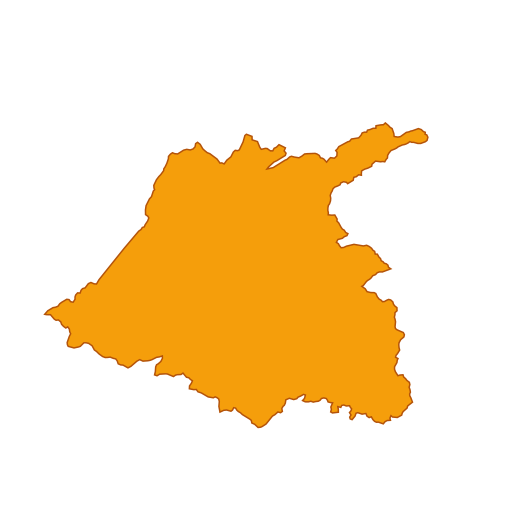 the district of Mombaça, Ceará, Brazil, rotated 195°
{"feature_id": "56859067B71410227491082", "entity_name": "Mombaça", "entity_type": "district", "adm_level": 2, "iso_a3": "BRA", "parent_name": "Brazil", "parent_adm1": "Ceará", "projection": "albers", "projection_center": [-39.786, -5.836], "detail": "fine", "context": "isolated", "style": "filled", "palette": "amber", "viewbox_px": 512, "rotation_deg": 195, "n_neighbors": 0, "source": "geoboundaries", "source_scale": "gbopen_adm2", "svg_char_len": 6098}
<svg xmlns="http://www.w3.org/2000/svg" viewBox="0 0 512 512"><g transform="rotate(195 256 256)"><path d="M363.4,334.1L365.0,332.3L366.3,329.6L365.8,327.2L366.1,322.5L366.8,318.7L367.6,316.4L367.3,314.5L369.1,309.9L370.4,307.6L371.9,303.9L373.0,297.8L372.1,295.2L371.1,293.8L372.0,292.2L372.3,286.3L373.7,283.6L375.2,276.2L374.7,271.9L373.4,267.4L370.7,266.4L369.4,265.0L369.7,261.8L371.2,257.4L371.4,255.3L373.2,254.1L373.9,251.8L375.7,249.7L385.3,229.3L401.5,192.5L402.8,187.7L405.1,187.2L408.6,187.7L410.8,185.9L412.8,181.0L415.1,179.6L416.1,177.6L416.3,174.7L418.8,174.2L420.1,171.6L420.2,169.6L419.6,167.3L420.7,164.0L423.3,163.9L425.3,165.5L427.6,165.2L431.8,160.9L433.2,159.1L434.3,156.2L436.5,154.6L438.7,153.6L442.9,149.3L445.0,145.0L443.2,145.1L439.3,146.1L434.5,142.8L432.5,142.2L430.3,143.1L427.5,141.8L426.1,139.7L423.7,138.2L421.1,137.2L419.5,138.8L417.4,137.1L416.3,134.6L414.9,132.9L415.5,130.1L416.0,123.5L415.2,121.5L414.0,120.1L408.0,120.1L403.9,122.2L402.3,123.3L399.8,127.6L397.6,128.2L395.0,128.3L391.1,126.9L387.8,123.4L385.3,122.5L382.3,120.8L378.2,119.2L375.4,118.9L373.1,119.6L370.7,120.6L367.3,120.2L364.9,120.3L363.0,118.9L361.2,116.2L358.5,115.8L356.2,116.2L350.7,114.8L348.3,117.0L343.8,123.6L341.5,125.8L338.0,125.2L333.4,126.8L331.5,127.7L329.7,128.9L325.8,132.4L323.1,133.6L320.6,135.2L319.9,132.9L320.6,129.5L322.6,126.5L323.9,125.2L324.2,122.9L323.3,118.3L323.2,114.9L320.6,114.7L318.5,116.9L313.1,118.7L311.2,119.1L304.5,118.2L302.9,120.1L301.3,121.0L297.8,122.1L296.2,124.0L291.8,120.9L289.4,121.0L287.4,119.8L285.1,119.0L285.5,116.3L286.6,113.3L286.0,110.5L281.5,110.8L279.1,111.6L276.9,109.8L273.4,109.6L265.7,107.5L260.5,108.0L259.0,109.4L256.7,109.0L255.0,108.2L253.8,106.0L252.9,101.1L250.4,95.9L247.2,98.6L244.6,99.6L240.0,99.6L238.8,101.1L238.3,103.7L236.3,103.8L234.7,102.2L232.8,101.2L230.5,100.6L228.1,99.3L219.7,96.8L218.0,96.0L216.8,93.6L213.7,93.1L209.6,90.9L207.1,91.9L205.8,93.0L202.8,96.3L198.7,105.6L196.7,107.6L194.5,111.0L191.7,111.0L190.3,112.7L191.6,115.4L191.0,117.7L190.0,119.2L189.6,121.6L190.0,124.8L187.0,127.2L182.4,127.1L179.7,128.7L178.8,130.6L176.6,132.3L174.3,134.6L172.3,134.5L172.3,131.0L173.6,128.4L170.7,127.9L167.6,128.7L165.4,129.9L162.9,129.7L160.6,130.9L158.3,131.8L156.8,133.2L155.9,135.3L153.7,136.5L151.2,136.5L149.7,135.2L148.6,133.7L146.2,133.7L144.0,134.0L144.6,129.5L143.5,127.4L143.5,124.7L141.5,124.2L136.0,126.4L136.8,129.2L138.0,131.7L134.9,131.7L134.6,133.8L132.6,134.8L130.0,134.5L126.9,135.6L125.7,134.2L124.1,133.1L124.2,131.0L125.2,129.0L123.1,127.0L123.8,124.6L122.8,123.0L120.8,122.8L118.9,127.0L118.7,130.0L117.1,131.0L112.6,130.7L109.1,132.3L107.3,130.0L104.9,129.2L103.0,130.5L100.7,128.2L98.7,127.0L96.7,126.6L94.8,127.2L89.6,126.8L88.5,129.3L86.8,131.0L83.6,132.1L84.7,134.1L84.3,136.7L82.5,135.8L77.7,136.6L74.1,140.0L74.1,142.1L73.6,143.8L70.7,148.2L70.7,150.4L67.0,155.3L69.9,159.3L71.3,160.8L71.9,162.6L71.6,164.4L72.7,166.8L74.1,168.8L74.1,171.6L75.2,173.7L78.1,174.9L79.7,176.2L82.1,177.4L83.3,179.3L86.3,178.2L87.9,177.1L91.4,180.3L92.9,182.5L93.5,184.9L92.3,189.5L92.6,191.8L92.3,193.7L95.0,194.3L95.0,196.3L94.1,198.2L92.9,202.3L94.2,204.7L95.1,207.2L95.4,209.2L94.6,212.6L92.2,216.1L92.3,218.4L93.9,220.2L100.6,221.2L102.5,222.0L103.4,223.7L104.2,228.6L105.3,230.9L106.5,232.7L106.6,235.2L107.1,237.3L105.6,239.6L106.5,242.6L109.1,243.7L110.7,245.0L112.0,247.1L114.5,248.4L116.6,248.4L118.3,247.1L120.1,245.3L122.0,244.6L123.7,245.7L125.8,246.2L128.2,247.9L130.6,250.8L132.5,251.2L135.6,250.4L139.5,250.3L142.0,252.6L145.9,254.1L144.6,255.5L142.9,259.6L142.0,261.1L140.2,263.0L139.1,264.7L138.2,267.1L135.7,269.0L134.6,271.2L132.6,272.6L129.8,273.3L122.5,278.5L125.1,279.4L126.2,281.3L128.2,282.2L130.2,282.2L131.9,283.4L133.8,283.8L135.1,285.8L137.0,286.8L139.3,289.2L141.3,288.7L142.6,291.2L144.5,291.8L146.4,293.4L149.1,294.5L151.9,295.0L154.9,293.5L164.4,292.6L171.2,288.9L173.4,287.0L175.9,286.0L178.1,287.6L179.6,289.2L181.9,290.0L181.2,293.1L177.2,295.4L175.6,297.6L173.4,299.2L173.0,301.4L175.4,301.9L177.5,303.8L179.5,304.3L181.4,305.9L184.7,309.4L186.9,310.7L187.2,312.7L190.5,316.0L193.5,315.0L196.9,314.5L197.3,316.5L198.4,318.6L199.0,321.0L199.2,323.6L198.5,325.4L198.3,328.5L198.8,331.2L200.0,333.7L199.8,336.4L199.3,338.2L199.0,341.0L197.7,343.0L195.2,344.8L193.2,346.6L193.1,348.4L190.7,350.4L187.7,350.6L186.2,349.6L181.7,354.3L181.9,357.3L179.6,358.6L177.9,361.0L175.1,361.3L175.6,363.0L176.0,365.6L173.5,368.0L170.7,369.8L167.5,372.6L167.7,374.7L165.1,378.6L160.2,379.2L157.9,380.1L156.0,380.3L155.3,383.0L154.4,384.7L154.9,387.3L154.2,389.9L152.9,392.8L149.5,395.4L148.1,396.7L146.9,398.3L143.3,401.2L141.6,402.0L140.1,403.0L138.4,404.5L137.0,406.3L135.0,406.1L133.2,406.6L128.7,406.6L126.1,407.3L122.0,410.2L120.7,411.9L120.7,415.2L122.4,417.2L124.2,417.4L124.5,419.3L126.5,419.5L129.1,420.9L132.1,421.1L137.3,417.5L138.9,416.7L140.4,415.5L142.8,414.3L147.4,408.7L149.7,407.6L153.5,407.2L154.6,410.0L157.5,414.3L160.0,415.1L161.8,416.3L165.5,418.0L166.9,415.8L169.5,414.9L173.8,412.9L173.3,410.4L175.9,409.7L178.5,407.7L180.9,406.4L181.2,404.2L183.3,403.7L185.3,402.4L185.8,399.8L187.4,396.7L194.1,393.7L195.3,391.0L196.9,390.1L204.3,383.1L205.3,380.1L206.3,378.6L204.5,377.1L203.8,373.6L205.5,370.8L209.5,370.3L210.7,368.2L212.1,364.9L215.4,367.1L217.1,367.6L219.1,367.5L220.9,369.5L223.4,370.3L225.5,370.4L233.2,368.0L235.5,367.1L237.5,364.4L239.9,362.0L244.6,361.5L247.6,361.5L249.1,360.4L251.1,357.3L252.7,356.1L262.3,345.8L267.9,342.9L267.0,345.2L263.0,351.4L260.5,353.5L253.7,360.7L253.6,363.1L256.0,364.8L255.6,368.1L262.6,369.5L264.4,366.4L266.4,364.7L267.0,361.9L269.4,361.3L273.0,362.7L274.8,362.4L278.5,360.4L280.4,361.9L284.2,366.9L289.8,367.2L290.8,370.5L296.8,371.1L297.9,369.5L298.0,362.8L299.6,354.2L300.9,353.0L303.4,352.7L304.8,350.5L305.9,345.3L309.0,341.0L310.6,336.7L313.1,337.1L314.8,336.4L318.8,339.6L327.1,342.9L329.9,343.2L333.0,344.6L335.2,345.8L338.8,349.4L341.9,350.7L343.4,348.9L343.1,345.7L344.5,343.1L347.0,341.4L350.5,341.1L353.3,339.5L358.1,334.3L361.0,333.8L363.4,334.1Z" fill="#f59e0b" stroke="#b45309" stroke-width="1.5"/></g></svg>